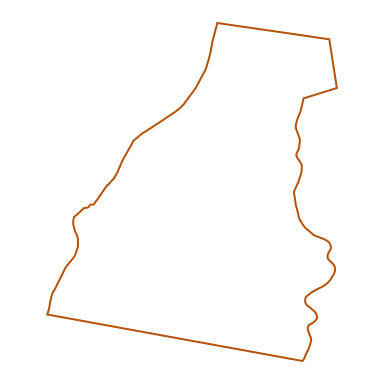 Parc Estate, Choiseul, Saint Lucia
{"feature_id": "8701671B86679693622237", "entity_name": "Parc Estate", "entity_type": "district", "adm_level": 2, "iso_a3": "LCA", "parent_name": "Saint Lucia", "parent_adm1": "Choiseul", "projection": "orthographic", "projection_center": [-61.017, 13.797], "detail": "fine", "context": "isolated", "style": "outline", "palette": "amber", "viewbox_px": 384, "rotation_deg": 0, "n_neighbors": 0, "source": "geoboundaries", "source_scale": "gbopen_adm2", "svg_char_len": 4020}
<svg xmlns="http://www.w3.org/2000/svg" viewBox="0 0 384 384"><path d="M47.2,314.5L302.5,361.0L304.5,358.1L305.0,356.6L305.9,354.1L307.8,350.6L309.1,347.6L310.2,344.3L311.2,340.1L310.9,337.6L310.1,335.9L309.5,334.5L308.4,331.4L307.9,330.0L307.7,327.5L308.7,325.2L312.0,323.3L314.1,322.0L317.2,318.1L316.4,314.1L314.6,311.5L313.0,310.2L311.5,308.9L310.2,307.6L307.8,306.0L307.0,305.4L305.7,303.5L305.1,301.9L305.3,299.0L306.0,296.7L308.6,294.8L311.4,292.5L317.3,289.1L322.7,286.5L327.1,283.5L330.3,279.9L333.1,275.3L334.8,271.9L335.0,270.0L334.8,266.7L333.2,264.1L331.5,262.4L330.2,261.3L328.5,259.5L327.6,257.6L327.7,255.2L328.4,253.1L329.7,250.8L330.9,248.6L330.9,246.6L329.6,243.1L328.5,241.9L327.3,240.9L323.6,238.9L314.1,235.3L309.8,231.7L305.3,227.9L302.2,223.8L301.1,221.7L300.0,220.2L298.7,216.8L298.3,214.6L296.8,208.4L295.8,204.9L294.8,197.7L294.0,193.3L294.3,190.7L295.3,188.6L297.2,184.5L298.1,182.8L299.0,180.2L299.9,177.4L300.8,174.4L301.4,172.0L301.7,169.6L301.8,168.0L301.7,164.6L299.3,160.6L297.6,158.3L296.4,155.7L296.3,155.0L296.9,152.6L298.2,150.2L298.9,148.2L299.7,142.8L299.9,139.6L298.6,135.6L298.5,135.3L296.2,129.4L295.7,126.4L296.2,123.3L296.9,120.8L298.1,117.2L299.9,113.1L300.9,110.0L301.5,107.2L302.1,105.0L302.7,102.2L303.2,100.0L303.5,98.4L336.8,88.0L336.6,86.5L329.4,39.9L329.3,39.3L217.3,23.0L217.1,23.9L216.6,25.9L216.0,28.0L215.7,29.4L215.3,30.7L214.1,35.3L213.6,37.1L213.2,38.6L212.8,40.2L212.5,41.4L212.3,42.4L212.2,43.0L210.5,52.4L210.3,53.0L210.1,54.0L208.2,61.4L208.0,61.7L207.8,62.4L207.2,64.3L206.7,66.0L206.3,67.3L205.6,69.5L204.8,71.0L204.0,72.5L203.4,73.6L202.5,75.2L201.8,76.6L200.9,78.3L200.2,79.6L199.6,80.7L198.7,82.5L197.8,84.1L196.5,86.5L195.6,88.2L192.7,92.2L192.4,92.6L191.8,93.5L190.7,94.8L189.5,96.6L188.4,98.0L187.4,99.4L186.1,101.0L184.7,103.0L184.4,103.4L183.8,104.2L182.4,105.6L181.3,106.8L180.2,107.9L179.0,108.8L177.2,110.3L175.3,111.8L166.8,117.4L164.4,119.1L162.8,120.2L160.5,121.7L158.2,123.2L157.1,123.9L154.4,125.7L146.2,131.0L144.9,131.8L143.7,132.5L142.1,133.5L141.2,134.2L139.4,135.8L137.8,137.1L133.2,141.0L132.9,141.7L132.3,142.8L131.8,143.9L131.0,145.4L129.5,148.0L128.8,149.2L128.3,150.1L127.4,151.6L126.5,153.2L125.9,154.4L123.9,157.9L122.0,161.5L118.0,170.9L117.1,173.1L116.7,173.7L116.1,174.7L115.7,175.3L115.1,176.4L114.5,177.2L114.3,177.9L114.2,178.2L113.7,178.7L112.9,179.5L111.9,180.4L111.5,181.0L110.9,181.6L110.4,182.2L109.5,183.3L108.9,184.0L107.9,184.7L107.2,185.2L106.9,185.7L106.4,186.4L105.8,187.2L105.6,187.4L105.4,187.7L105.1,188.1L104.5,188.9L103.7,190.2L103.0,191.2L102.7,191.6L99.0,197.1L98.6,197.7L97.9,198.8L97.2,199.8L96.9,200.2L95.9,201.3L95.5,201.6L95.1,202.2L94.7,203.1L94.6,203.4L94.3,203.9L93.8,204.4L93.4,204.6L92.7,204.6L91.0,204.6L90.6,204.6L90.3,204.8L89.9,204.9L89.3,206.0L88.6,207.0L88.3,207.2L87.5,207.6L87.2,207.7L86.9,207.8L86.0,207.8L85.7,207.8L84.6,207.9L83.8,208.3L83.3,208.8L82.2,209.7L81.3,210.6L80.6,211.3L79.3,212.5L79.1,212.7L78.3,213.4L77.4,214.1L77.1,214.5L76.8,214.7L74.9,216.3L74.7,216.5L74.4,216.7L74.1,217.0L74.0,217.4L73.7,218.5L73.5,219.1L73.5,219.5L73.3,220.8L73.2,222.8L73.2,223.8L73.6,225.8L74.1,227.2L74.2,227.9L74.4,229.0L74.8,230.8L75.1,231.5L75.4,232.0L75.7,232.6L76.6,234.6L77.1,235.6L77.4,236.7L77.5,237.3L77.9,238.8L77.9,240.2L77.9,240.8L78.0,243.3L78.0,244.2L78.0,245.2L77.9,246.5L77.6,247.8L77.3,248.8L76.9,249.9L76.5,250.8L75.5,254.0L75.2,255.0L74.6,256.2L73.8,257.3L72.8,258.5L71.6,260.0L71.3,260.4L70.5,261.3L70.2,261.7L69.9,262.1L68.7,263.6L67.4,265.2L66.4,266.4L66.1,266.7L65.6,267.6L65.4,267.8L65.0,268.5L64.8,268.9L64.2,270.1L63.4,271.9L62.8,273.4L62.1,274.8L61.2,276.3L58.5,281.9L58.3,282.3L58.0,282.8L56.9,285.1L55.9,287.1L55.3,288.4L54.3,290.1L54.0,290.6L53.3,291.6L52.9,292.5L52.7,292.8L52.4,293.6L52.2,294.0L52.1,294.3L51.7,295.5L51.2,297.5L50.7,299.6L50.2,301.8L50.0,303.1L49.8,304.7L49.6,305.9L49.4,306.9L49.2,307.6L49.1,308.0L48.8,309.7L48.5,310.5L48.4,310.9L48.2,311.5L48.0,312.2L47.7,313.3L47.4,314.0L47.2,314.5Z" fill="none" stroke="#b45309" stroke-width="2"/></svg>